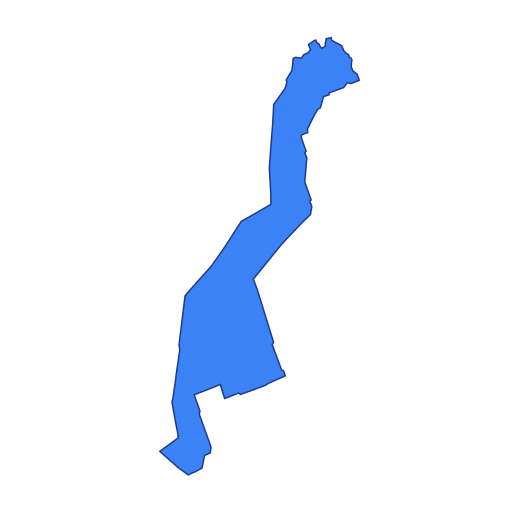 Akdepe, Tashauz, Turkmenistan, rotated 340°
{"feature_id": "10190150B20893258254384", "entity_name": "Akdepe", "entity_type": "district", "adm_level": 2, "iso_a3": "TKM", "parent_name": "Turkmenistan", "parent_adm1": "Tashauz", "projection": "equal_earth", "projection_center": [58.748, 41.039], "detail": "fine", "context": "isolated", "style": "filled", "palette": "blue", "viewbox_px": 512, "rotation_deg": 340, "n_neighbors": 0, "source": "geoboundaries", "source_scale": "gbopen_adm2", "svg_char_len": 2286}
<svg xmlns="http://www.w3.org/2000/svg" viewBox="0 0 512 512"><g transform="rotate(340 256 256)"><path d="M152.3,317.6L152.2,318.3L140.0,340.9L137.8,345.4L129.9,360.1L127.5,364.0L127.1,364.6L123.8,383.2L121.3,398.7L121.0,398.8L120.7,400.3L100.7,406.1L98.8,406.8L110.7,428.6L117.5,438.5L126.3,437.8L132.8,436.8L139.4,425.9L145.8,425.3L148.4,419.9L148.6,385.4L150.1,382.7L150.3,382.3L150.4,365.3L167.1,364.9L178.5,364.5L178.0,374.6L177.9,379.2L192.8,378.9L193.0,378.9L194.0,380.8L220.6,380.8L223.3,380.1L223.9,379.9L242.6,378.6L242.6,374.4L242.6,373.3L241.4,372.3L241.1,372.1L240.9,344.8L242.9,343.2L243.0,343.0L245.7,288.2L245.7,287.7L245.6,276.8L255.1,271.1L272.1,260.9L284.2,253.7L292.5,249.5L310.5,240.5L313.1,239.3L320.9,235.9L321.3,235.7L325.4,228.6L325.4,227.2L325.2,222.9L326.3,222.5L327.0,222.2L327.1,203.9L327.1,203.2L329.0,199.1L333.2,190.1L337.1,181.6L337.3,181.1L337.2,176.0L337.1,175.7L337.3,175.6L338.9,174.7L339.0,163.8L339.0,159.9L339.5,159.0L340.1,157.7L340.7,157.7L344.6,157.7L346.8,157.7L347.4,155.4L347.7,154.3L347.8,154.3L356.5,145.9L359.1,143.5L361.9,141.2L363.8,139.6L364.2,139.3L364.4,139.1L366.0,138.9L367.2,138.8L373.7,129.6L373.9,129.4L374.8,129.4L379.9,129.4L380.6,127.7L384.4,127.7L388.5,127.7L393.8,127.7L395.7,127.7L396.0,127.7L399.0,125.8L401.1,124.5L401.3,124.5L404.1,126.5L413.2,126.2L413.2,122.0L413.2,119.8L412.1,117.9L410.4,115.2L410.2,110.8L410.2,110.7L410.9,109.1L412.2,106.4L413.2,104.6L413.1,104.1L413.0,102.9L413.0,102.6L412.1,101.7L411.8,101.3L411.8,100.4L411.8,99.3L411.7,98.1L410.2,96.6L408.8,93.4L408.4,87.6L400.8,79.2L401.3,76.5L401.0,76.5L399.5,76.3L396.2,75.9L395.5,77.3L395.0,78.3L394.7,78.7L393.6,80.1L393.5,80.8L392.7,82.7L388.8,83.2L388.1,81.8L388.0,81.3L387.8,79.3L387.7,78.5L387.7,78.3L387.0,77.5L386.3,76.7L386.0,73.5L385.9,73.5L385.3,73.5L384.3,73.5L377.7,75.3L377.7,77.2L377.7,80.8L377.4,81.0L374.6,82.7L372.9,82.9L369.6,83.2L366.4,85.7L361.2,82.9L358.6,83.0L358.0,84.2L357.6,85.1L355.4,89.6L353.4,93.6L353.1,94.1L348.9,97.4L344.1,101.3L344.5,101.2L344.5,101.3L344.7,103.1L340.7,108.4L324.5,119.6L316.7,137.9L308.4,156.0L298.5,178.2L291.3,202.3L287.7,212.5L270.2,215.7L254.0,218.4L230.6,236.2L211.1,249.9L186.2,263.3L178.9,267.3L175.7,269.2L153.3,313.1L152.3,317.6Z" fill="#3b82f6" stroke="#1e3a8a" stroke-width="1.5"/></g></svg>